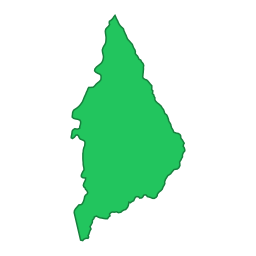 São João das Missões, Minas Gerais, Brazil, rotated 90°
{"feature_id": "56859067B77919866455333", "entity_name": "São João das Missões", "entity_type": "district", "adm_level": 2, "iso_a3": "BRA", "parent_name": "Brazil", "parent_adm1": "Minas Gerais", "projection": "mercator", "projection_center": [-44.236, -14.88], "detail": "fine", "context": "isolated", "style": "filled", "palette": "green", "viewbox_px": 256, "rotation_deg": 90, "n_neighbors": 0, "source": "geoboundaries", "source_scale": "gbopen_adm2", "svg_char_len": 3825}
<svg xmlns="http://www.w3.org/2000/svg" viewBox="0 0 256 256"><g transform="rotate(90 128 128)"><path d="M240.1,175.4L240.6,173.3L239.2,172.1L238.3,170.0L238.3,168.0L237.0,167.3L235.6,168.0L234.3,167.2L232.7,166.7L230.8,166.1L229.0,165.0L226.6,166.0L224.7,164.8L222.5,163.7L220.0,163.5L218.7,162.2L216.9,161.6L216.1,159.5L217.1,157.8L217.8,156.0L218.1,153.8L218.5,152.1L218.7,150.6L218.7,148.5L216.8,147.2L215.9,146.0L214.0,146.5L212.6,145.1L212.0,143.7L212.2,141.7L211.8,139.4L212.7,137.6L212.2,135.1L210.9,133.7L210.0,132.1L209.5,130.3L207.4,128.5L205.5,127.7L204.1,127.4L202.2,127.1L202.8,125.8L201.6,124.1L200.7,122.3L198.9,121.5L197.2,120.6L196.6,119.3L196.8,117.4L198.1,116.3L197.9,114.3L196.7,113.0L195.3,112.4L194.8,110.9L195.3,109.5L196.6,108.7L197.0,106.9L197.6,105.1L198.3,103.6L198.4,101.8L197.3,99.9L195.8,98.8L194.4,98.7L192.9,97.7L191.7,96.6L190.7,95.2L189.2,93.8L186.9,92.9L185.2,91.9L183.7,91.2L181.9,91.4L179.3,90.5L177.1,89.1L175.5,88.1L174.7,86.7L173.7,85.3L172.3,84.3L170.9,83.1L169.6,82.1L169.3,80.6L169.0,78.7L167.8,77.2L165.6,76.1L163.8,76.2L161.9,76.4L160.0,75.1L158.2,74.3L156.9,73.5L155.5,73.6L153.7,73.2L152.0,72.2L150.9,71.2L149.3,71.3L147.6,71.9L146.3,72.8L144.5,72.5L143.2,71.8L141.8,72.7L140.1,73.6L138.6,74.9L137.3,75.3L135.9,75.3L134.6,76.0L133.5,77.6L133.1,79.9L132.1,82.3L129.9,83.1L127.9,84.4L125.8,85.0L124.4,85.3L123.1,86.0L121.2,87.2L119.2,87.6L117.5,88.2L116.2,88.7L114.9,89.4L113.5,91.2L111.6,91.8L109.6,92.5L108.0,93.8L106.1,94.9L105.0,96.1L103.9,97.3L102.9,98.7L101.1,100.4L99.6,101.2L97.7,101.1L96.4,102.0L95.0,102.2L93.5,103.6L92.2,103.3L90.7,103.2L89.7,104.3L87.9,104.2L85.7,104.2L84.1,105.7L82.6,106.9L81.1,108.1L80.0,109.3L79.4,111.1L78.3,112.7L77.0,113.3L75.4,113.1L73.9,113.0L72.5,112.8L70.8,112.7L69.1,112.5L67.3,112.6L65.3,112.3L63.5,113.0L61.9,114.4L60.1,115.3L59.2,117.0L57.7,117.7L56.1,118.5L54.7,119.9L53.3,120.8L51.8,120.6L49.9,121.1L48.4,122.1L46.9,122.8L44.4,123.7L42.7,125.2L41.3,126.4L39.4,128.2L37.4,129.2L35.4,129.9L33.7,130.8L32.2,131.4L30.7,132.1L29.0,132.5L28.0,133.4L26.9,134.7L25.5,136.0L24.3,136.8L22.6,137.7L21.0,138.3L19.6,139.1L18.2,139.8L16.9,140.3L15.4,141.0L17.0,142.3L18.5,143.2L20.0,144.7L21.3,146.6L22.9,146.8L24.6,146.4L26.4,147.6L27.7,149.0L29.1,150.2L31.1,150.7L33.4,150.5L35.2,150.2L37.5,149.9L39.7,150.0L41.3,150.1L42.9,150.4L44.5,151.1L46.0,152.1L47.8,153.0L50.0,153.7L51.9,153.5L53.7,153.1L55.4,152.7L56.9,152.5L58.9,152.8L60.5,153.2L61.8,153.8L63.1,154.7L64.1,155.8L65.2,157.2L67.0,159.5L69.0,161.1L70.8,161.4L72.2,160.2L73.4,158.1L74.1,156.3L75.3,155.1L77.0,154.9L79.7,155.1L81.4,156.5L82.8,158.3L84.2,159.9L85.7,161.1L87.2,162.7L87.4,165.3L87.4,167.2L88.6,168.0L90.8,168.8L92.3,169.6L93.8,170.1L95.3,170.8L97.2,171.7L99.0,172.4L100.5,173.0L101.9,173.6L103.0,174.4L104.7,175.6L106.6,177.3L107.9,178.9L109.0,180.5L109.8,181.9L111.2,182.9L112.8,183.4L114.3,183.5L115.6,183.7L117.1,183.8L118.3,182.5L118.9,180.5L119.3,178.2L120.2,176.0L121.9,175.3L123.4,175.4L125.0,175.7L126.3,176.2L128.2,176.3L129.2,178.5L128.7,181.2L129.8,182.9L131.1,183.8L132.6,184.0L134.8,184.3L136.3,184.7L137.8,184.8L138.5,183.5L137.2,181.6L135.2,180.1L134.9,178.6L136.1,177.4L137.7,176.8L139.1,175.7L139.6,174.4L140.2,173.0L140.8,171.8L142.3,171.0L144.0,171.1L145.8,171.3L147.9,172.2L150.1,172.7L152.0,172.8L153.5,173.1L154.9,173.1L156.9,173.1L158.6,173.1L160.7,173.0L162.4,172.8L164.2,172.8L165.8,172.6L167.8,172.1L169.9,172.0L171.4,173.0L173.4,174.0L175.2,174.7L176.7,174.6L177.7,173.3L177.9,171.9L178.0,170.4L179.8,170.5L181.1,171.1L183.2,172.1L185.3,172.7L186.9,172.2L187.6,171.1L189.3,170.5L190.3,169.4L191.5,168.7L192.9,168.3L194.1,169.0L195.2,170.5L196.8,171.4L198.2,171.6L200.2,172.1L202.3,172.9L203.9,173.9L204.7,175.0L204.9,177.1L207.0,178.9L208.8,180.5L210.8,181.6L212.7,181.8L240.1,175.4Z" fill="#22c55e" stroke="#15803d" stroke-width="1.5"/></g></svg>